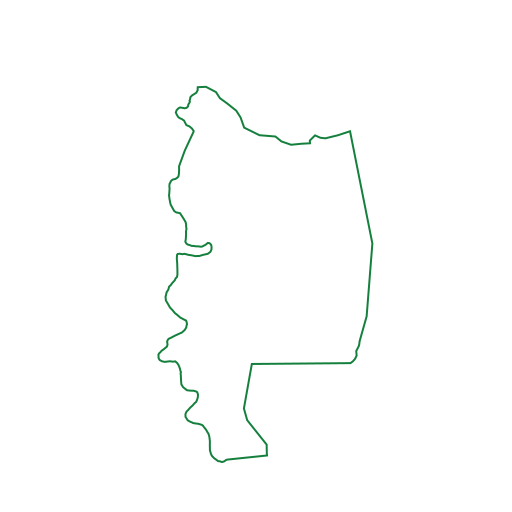 the district of River Doree, Choiseul, Saint Lucia, rotated 147°
{"feature_id": "8701671B82289109634820", "entity_name": "River Doree", "entity_type": "district", "adm_level": 2, "iso_a3": "LCA", "parent_name": "Saint Lucia", "parent_adm1": "Choiseul", "projection": "orthographic", "projection_center": [-61.034, 13.767], "detail": "fine", "context": "isolated", "style": "outline", "palette": "green", "viewbox_px": 512, "rotation_deg": 147, "n_neighbors": 0, "source": "geoboundaries", "source_scale": "gbopen_adm2", "svg_char_len": 3245}
<svg xmlns="http://www.w3.org/2000/svg" viewBox="0 0 512 512"><g transform="rotate(147 256 256)"><path d="M355.4,82.7L354.4,84.6L353.3,86.4L349.8,92.0L352.8,123.1L349.2,134.7L318.3,167.7L235.1,114.7L232.0,114.9L229.0,115.8L225.8,117.7L225.2,118.9L223.7,121.7L221.0,123.2L218.8,124.5L217.5,125.7L215.6,128.0L211.2,131.9L196.1,145.1L151.6,203.1L109.2,309.4L121.7,312.7L133.7,316.9L137.6,320.1L140.8,325.0L148.0,323.5L149.3,321.1L156.4,325.2L166.0,330.2L172.3,338.3L174.6,345.6L187.3,355.4L196.0,370.1L193.5,380.5L193.4,388.6L197.2,399.9L200.3,408.0L200.3,415.3L205.8,425.1L212.9,429.3L213.6,428.5L214.5,426.9L216.1,426.0L217.1,425.4L222.2,425.5L224.6,424.9L226.0,423.3L227.2,422.4L227.5,421.3L229.1,420.4L230.2,420.0L231.5,418.5L233.6,418.1L235.3,418.7L237.1,420.4L238.7,421.9L240.6,422.1L243.2,421.5L245.1,420.0L245.5,417.5L245.5,414.7L244.9,413.2L243.6,411.2L242.6,408.8L242.9,405.8L243.1,403.7L241.2,400.9L240.3,397.8L240.2,394.8L240.7,394.2L258.3,383.2L271.6,373.2L273.7,369.9L276.2,366.5L278.0,364.8L280.0,364.5L281.5,364.5L283.5,365.2L284.5,365.5L286.4,365.2L289.3,363.5L291.1,361.1L291.4,360.1L292.9,358.1L294.9,355.4L295.8,354.4L297.6,350.7L298.8,347.7L299.6,345.6L300.0,339.9L300.1,338.2L299.1,335.9L297.5,334.4L296.4,333.3L296.4,326.3L296.6,322.7L297.3,320.8L298.4,319.0L299.1,317.7L299.5,316.6L301.2,314.9L303.1,311.9L305.6,308.5L306.5,307.5L307.5,306.4L307.6,304.4L307.1,302.9L305.4,300.9L304.6,299.7L302.5,298.1L301.1,296.8L299.1,295.5L297.3,293.9L296.2,293.3L294.4,293.1L292.3,292.9L289.3,293.2L288.0,292.1L287.5,289.8L288.4,287.7L289.3,286.4L290.2,285.4L291.2,284.8L292.0,284.3L295.2,284.1L297.7,285.0L299.8,285.8L303.6,286.9L305.6,288.2L305.8,288.3L306.8,288.8L310.2,292.2L311.5,293.2L313.8,295.7L314.7,296.7L316.9,297.7L318.8,299.5L320.5,300.3L321.4,300.1L322.2,299.2L323.9,296.8L325.9,293.1L329.4,287.3L332.0,283.2L333.7,281.4L335.7,281.0L337.1,280.0L338.3,279.6L341.5,278.8L343.0,278.1L345.6,277.6L347.8,275.6L349.5,274.8L350.9,274.1L352.8,272.2L354.0,271.2L355.8,267.8L356.0,263.1L356.2,259.7L355.5,255.9L355.1,252.2L354.3,250.1L353.2,246.2L353.0,245.5L349.8,239.8L350.4,237.7L351.1,236.3L352.3,235.3L353.4,234.1L356.0,232.8L359.8,232.2L363.0,232.7L367.1,233.3L372.4,233.8L374.1,234.1L375.5,233.8L377.1,232.7L378.5,229.8L380.2,228.5L384.7,228.0L386.5,228.0L388.6,227.4L390.3,227.1L391.7,226.3L392.3,225.0L393.1,223.9L393.4,222.7L393.4,222.4L393.4,221.2L392.2,218.9L390.2,216.9L385.5,214.6L383.2,212.6L381.1,211.6L380.4,209.2L380.4,206.4L380.7,204.8L381.2,202.8L381.9,201.0L382.0,200.2L382.3,199.4L383.2,198.6L383.9,197.1L386.6,192.5L388.5,189.0L388.6,185.7L387.0,181.0L384.1,178.6L381.7,177.0L380.0,175.0L379.5,173.9L380.0,171.6L381.4,169.6L382.6,168.4L384.6,166.9L385.8,166.2L387.7,166.0L390.4,165.2L393.6,164.7L396.8,163.8L399.1,163.3L400.9,162.1L401.5,161.5L402.7,159.5L402.8,155.5L401.7,153.3L401.3,152.6L400.2,151.1L399.8,150.2L397.9,148.5L396.0,146.9L393.8,144.4L393.0,143.1L392.7,139.4L392.5,137.8L392.7,134.0L392.6,133.0L393.4,130.3L394.0,128.9L395.6,125.7L398.0,122.1L400.1,118.7L400.6,117.9L400.9,116.5L401.6,114.6L401.8,112.1L401.2,109.1L400.4,107.1L399.5,104.6L398.1,103.5L396.9,101.9L396.2,101.5L394.5,101.1L392.1,101.2L391.0,100.9L390.8,100.8L355.4,82.7Z" fill="none" stroke="#15803d" stroke-width="2"/></g></svg>